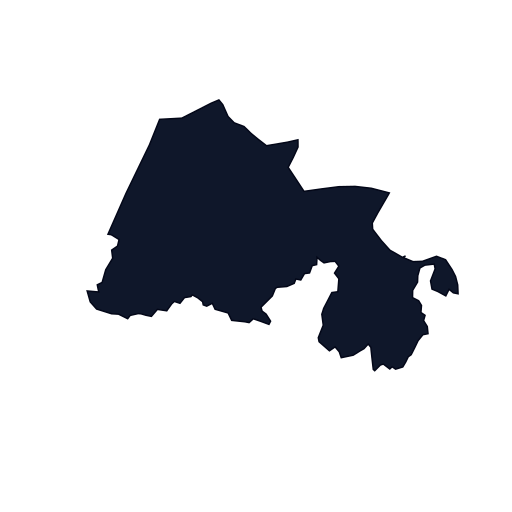 Quardu Boundi, Lofa, Liberia (orthographic projection), rotated 153°
{"feature_id": "62588387B13670701840793", "entity_name": "Quardu Boundi", "entity_type": "district", "adm_level": 2, "iso_a3": "LBR", "parent_name": "Liberia", "parent_adm1": "Lofa", "projection": "orthographic", "projection_center": [-9.634, 8.375], "detail": "fine", "context": "isolated", "style": "filled", "palette": "ink", "viewbox_px": 512, "rotation_deg": 153, "n_neighbors": 0, "source": "geoboundaries", "source_scale": "gbopen_adm2", "svg_char_len": 2504}
<svg xmlns="http://www.w3.org/2000/svg" viewBox="0 0 512 512"><g transform="rotate(153 256 256)"><path d="M378.0,342.6L375.3,340.7L370.5,332.8L370.8,332.5L374.9,327.7L381.9,326.8L384.7,319.1L396.1,312.0L405.1,302.3L410.5,302.4L411.7,298.1L412.4,295.3L422.3,301.5L424.5,290.4L422.1,281.1L410.9,270.1L404.9,266.6L398.8,258.4L395.1,260.2L387.2,258.2L384.7,256.7L381.0,253.2L376.6,249.7L368.1,253.2L360.4,247.7L359.1,248.4L352.7,251.7L349.4,252.6L345.2,248.4L338.6,251.4L332.4,249.4L330.4,250.3L326.9,245.2L324.3,239.5L325.2,236.4L322.7,233.7L316.4,233.7L316.6,227.1L312.6,223.4L306.7,217.9L306.9,209.7L295.7,202.4L292.4,199.8L286.9,201.3L281.4,195.6L275.5,189.2L272.6,191.3L273.4,199.7L275.6,204.1L274.8,208.1L265.8,211.0L259.6,213.0L253.5,218.3L251.3,218.5L243.1,215.1L242.3,214.8L234.4,214.3L230.9,217.4L227.0,214.3L220.8,218.3L216.0,216.6L210.3,221.9L205.9,220.8L202.2,227.2L201.6,225.5L200.4,222.6L198.5,219.0L192.3,217.3L187.9,215.3L186.8,209.3L193.8,205.1L192.9,200.3L192.5,198.1L199.3,187.0L205.0,189.0L211.1,184.6L219.5,178.6L221.4,176.6L223.8,174.2L227.5,163.8L237.6,154.9L238.7,151.0L233.6,138.2L226.8,139.1L225.3,132.9L226.2,126.7L214.4,123.5L206.5,124.2L201.9,124.4L196.4,126.5L196.0,126.6L195.1,122.4L195.8,120.8L199.3,111.6L203.0,101.7L202.3,99.9L194.7,102.4L191.6,101.9L188.1,94.6L185.0,95.5L183.0,91.8L175.6,90.5L170.7,93.6L166.1,97.1L162.6,97.6L160.5,99.1L155.5,102.8L150.0,107.0L143.0,110.1L138.0,108.7L135.4,115.4L135.9,121.0L136.0,122.4L132.3,126.4L134.7,130.8L131.0,136.8L131.4,142.3L135.4,147.8L134.7,149.2L132.0,154.3L123.9,159.4L120.8,165.0L115.4,170.9L109.7,171.2L100.9,167.9L101.2,166.8L102.2,163.2L111.2,155.1L111.8,154.6L114.2,146.6L110.1,141.8L105.0,134.3L99.1,138.7L96.9,133.6L93.1,130.6L89.4,138.7L87.5,147.1L87.5,154.9L88.8,166.6L90.8,168.9L91.7,169.8L95.3,173.8L110.1,175.7L118.5,179.6L119.1,180.2L125.6,187.9L122.7,188.2L126.0,188.3L126.3,188.6L134.0,200.3L134.3,201.4L136.7,210.4L137.3,212.6L139.4,224.0L139.5,224.6L139.6,225.2L139.9,226.9L137.4,232.6L127.7,239.3L125.8,240.5L112.5,249.1L109.6,251.0L108.6,251.7L122.5,264.0L136.1,273.0L150.9,280.2L167.1,286.0L183.9,291.8L184.0,292.8L186.1,311.7L187.1,320.4L178.1,326.9L169.1,334.0L166.7,338.8L165.9,340.5L176.2,343.1L196.6,349.5L201.3,359.5L204.6,367.1L205.1,368.4L205.8,370.6L207.9,376.8L215.0,384.6L217.6,393.0L216.9,406.0L217.9,410.5L218.2,411.9L226.6,412.5L250.5,412.5L259.5,412.5L270.8,417.5L279.8,421.5L300.6,403.3L301.8,402.4L343.3,370.9L378.0,342.6Z" fill="#0f172a" stroke="#020617" stroke-width="1.5"/></g></svg>